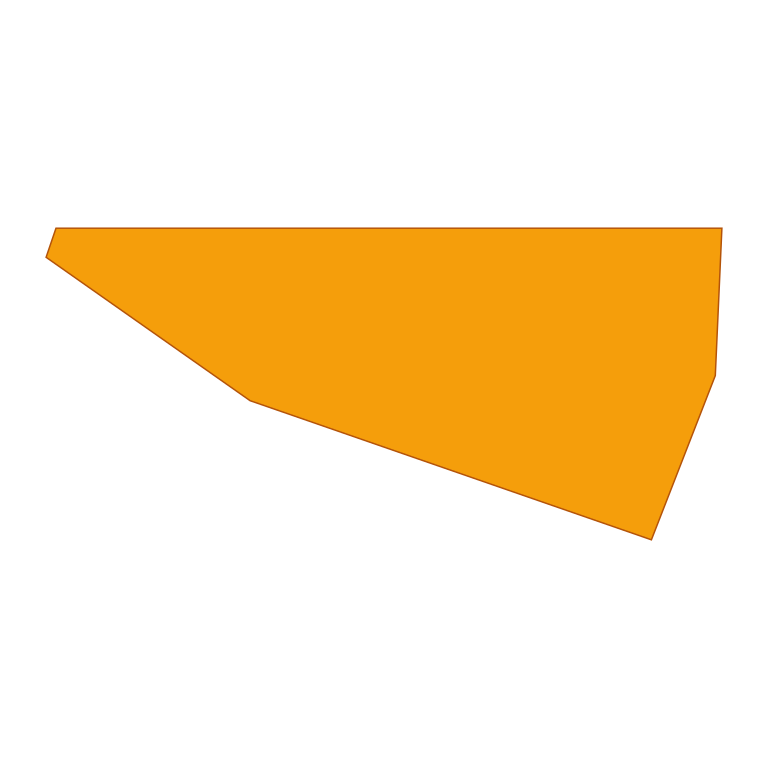 map outline of Sint Maarten (orthographic projection)
{"feature_id": "SXM", "entity_name": "Sint Maarten", "entity_type": "country or territory", "adm_level": 0, "iso_a3": "SXM", "parent_name": "North America", "parent_adm1": "", "projection": "orthographic", "projection_center": [-63.073, 18.044], "detail": "fine", "context": "isolated", "style": "filled", "palette": "amber", "viewbox_px": 768, "rotation_deg": 0, "n_neighbors": 0, "source": "natural_earth", "source_scale": "50m", "svg_char_len": 213}
<svg xmlns="http://www.w3.org/2000/svg" viewBox="0 0 768 768"><path d="M56.0,228.2L721.9,228.2L715.3,375.6L651.4,539.8L250.1,400.7L46.1,257.3L56.0,228.2Z" fill="#f59e0b" stroke="#b45309" stroke-width="1.5"/></svg>